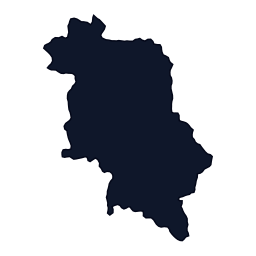 Rio do Prado, Minas Gerais, Brazil
{"feature_id": "56859067B64680241764039", "entity_name": "Rio do Prado", "entity_type": "district", "adm_level": 2, "iso_a3": "BRA", "parent_name": "Brazil", "parent_adm1": "Minas Gerais", "projection": "orthographic", "projection_center": [-40.561, -16.684], "detail": "fine", "context": "isolated", "style": "filled", "palette": "ink", "viewbox_px": 256, "rotation_deg": 0, "n_neighbors": 0, "source": "geoboundaries", "source_scale": "gbopen_adm2", "svg_char_len": 3336}
<svg xmlns="http://www.w3.org/2000/svg" viewBox="0 0 256 256"><path d="M188.6,235.8L188.1,233.1L187.0,230.8L186.9,227.9L187.8,224.6L187.1,221.8L187.1,218.7L185.9,216.0L184.2,213.6L182.8,210.9L182.1,208.8L180.9,206.6L182.0,203.6L182.1,200.8L179.9,200.8L178.3,199.6L179.2,197.4L182.7,196.5L185.2,195.4L187.1,194.8L189.5,194.3L191.0,192.8L193.9,192.3L194.8,189.6L194.6,187.5L195.5,184.3L196.1,180.6L197.2,177.4L197.4,173.7L200.2,173.1L202.3,171.7L204.3,169.0L207.0,167.6L209.3,166.4L210.8,164.7L211.2,161.6L211.6,159.3L212.2,156.5L210.4,154.8L207.5,154.0L205.2,151.9L203.3,149.5L201.5,147.2L199.8,144.7L197.5,144.0L195.3,142.2L194.1,139.5L192.2,137.4L192.0,134.8L192.3,132.4L193.1,130.0L190.5,127.7L189.0,125.6L187.4,123.9L185.8,122.8L183.5,122.0L181.4,121.5L179.3,120.6L179.0,118.4L179.0,115.4L177.8,113.2L175.8,113.1L173.6,113.2L171.7,112.2L171.3,109.0L171.4,106.2L171.4,103.9L171.7,101.5L172.5,98.6L172.4,95.3L171.7,92.3L170.9,88.8L170.9,85.7L171.7,83.4L171.9,80.8L171.3,77.8L170.0,75.5L169.8,72.4L170.1,70.0L171.4,67.4L172.7,64.4L170.3,62.5L169.2,60.6L168.3,57.6L165.8,56.1L163.1,54.9L161.9,52.0L161.5,49.8L161.3,47.1L160.0,44.8L157.1,44.7L153.9,44.1L152.8,41.4L150.7,39.3L147.8,39.4L145.0,41.1L142.1,40.2L139.8,38.5L137.8,39.1L135.3,39.5L132.9,41.3L129.8,41.3L126.9,41.0L124.5,41.4L121.8,41.0L118.7,40.6L116.5,41.0L114.4,40.9L111.9,40.9L109.1,40.2L105.8,39.8L102.0,38.0L100.6,35.2L101.6,33.1L102.9,31.3L104.3,29.1L105.2,26.1L103.3,24.0L101.0,21.5L99.2,19.7L97.3,18.7L95.3,16.9L93.7,15.4L93.0,17.3L92.8,19.3L92.5,22.1L90.6,24.8L87.3,22.5L83.7,21.9L81.4,21.9L79.2,20.5L76.9,19.1L74.1,18.3L70.8,19.0L69.8,21.4L69.3,23.5L68.1,26.0L68.5,29.2L68.9,32.4L68.1,35.0L67.7,37.3L65.1,38.3L62.0,36.5L58.9,37.9L55.2,37.7L52.3,39.6L50.9,42.0L48.7,43.6L46.7,44.4L44.8,45.5L43.8,48.2L46.2,50.4L48.3,52.3L50.3,54.4L52.3,57.3L52.7,61.0L51.2,63.8L49.0,65.9L47.5,67.8L49.4,69.0L51.4,69.8L53.5,69.8L56.0,70.0L58.4,71.7L61.1,73.2L63.6,73.4L65.8,72.8L68.5,73.1L71.5,73.2L73.3,73.8L75.4,75.7L75.3,78.7L76.2,81.8L74.9,84.1L72.7,86.2L71.5,89.1L69.5,91.0L68.1,92.9L67.6,95.4L67.5,98.6L68.4,101.7L68.5,104.1L68.7,106.4L69.1,109.6L70.2,112.2L70.8,114.6L71.3,118.0L69.8,120.4L67.7,122.0L65.7,123.5L64.2,126.2L64.8,129.0L67.0,130.7L67.6,134.3L68.4,137.8L69.1,139.8L70.3,142.5L71.4,145.8L70.9,149.1L68.2,149.8L65.8,149.5L63.2,149.9L62.1,152.3L62.1,154.5L62.4,156.7L64.6,157.2L66.8,156.8L69.8,156.5L72.0,158.0L73.7,159.1L76.1,158.8L78.5,158.3L81.9,157.6L84.7,156.8L86.6,156.8L87.7,158.5L88.1,160.5L90.1,161.5L92.7,159.7L95.4,158.0L97.8,159.5L99.7,163.0L99.4,166.2L101.5,168.6L102.6,171.1L104.4,172.3L106.9,171.3L109.9,171.6L112.1,173.5L113.0,175.7L112.9,178.6L110.7,181.2L109.3,183.9L108.9,186.2L108.3,188.6L107.5,191.2L107.4,194.4L106.5,197.3L107.2,200.0L107.9,202.9L107.7,205.4L108.4,207.7L108.2,210.2L107.6,213.1L109.8,215.0L112.9,212.7L113.0,209.5L112.1,206.6L114.4,205.4L117.6,204.4L120.1,205.4L121.6,207.6L123.9,208.9L126.3,208.0L128.3,206.7L130.2,207.0L131.4,208.8L133.2,210.8L135.2,211.4L137.7,211.1L140.6,210.8L143.1,211.2L143.5,213.6L143.4,215.8L145.9,217.8L148.7,217.7L151.3,217.7L153.7,219.8L155.2,222.2L156.5,224.2L158.6,226.1L161.1,227.0L164.2,226.5L167.7,226.9L169.4,229.1L170.0,231.3L171.8,233.8L173.7,235.9L175.6,237.7L177.7,239.3L180.1,240.4L182.3,240.6L183.9,239.2L185.7,236.9L188.6,235.8Z" fill="#0f172a" stroke="#020617" stroke-width="1.5"/></svg>